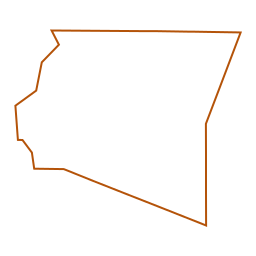 outline of General Ocampo, La Rioja, Argentina
{"feature_id": "61730980B1877190753616", "entity_name": "General Ocampo", "entity_type": "district", "adm_level": 2, "iso_a3": "ARG", "parent_name": "Argentina", "parent_adm1": "La Rioja", "projection": "robinson", "projection_center": [-66.039, -31.058], "detail": "fine", "context": "isolated", "style": "outline", "palette": "amber", "viewbox_px": 256, "rotation_deg": 0, "n_neighbors": 0, "source": "geoboundaries", "source_scale": "gbopen_adm2", "svg_char_len": 495}
<svg xmlns="http://www.w3.org/2000/svg" viewBox="0 0 256 256"><path d="M240.6,32.5L238.5,32.4L207.0,31.9L195.1,31.7L191.4,31.7L153.8,31.1L145.6,31.1L138.9,31.1L51.6,30.5L58.9,44.7L41.8,62.3L36.2,90.6L15.4,105.7L17.9,139.9L22.5,140.0L31.9,152.6L34.2,168.7L63.7,169.1L65.3,169.7L71.1,172.0L75.0,173.6L93.1,180.9L128.6,194.9L161.7,207.9L184.7,217.0L203.4,224.4L206.1,225.5L206.0,191.9L206.0,187.2L206.0,153.3L205.9,123.8L220.0,86.8L240.6,32.5Z" fill="none" stroke="#b45309" stroke-width="2"/></svg>